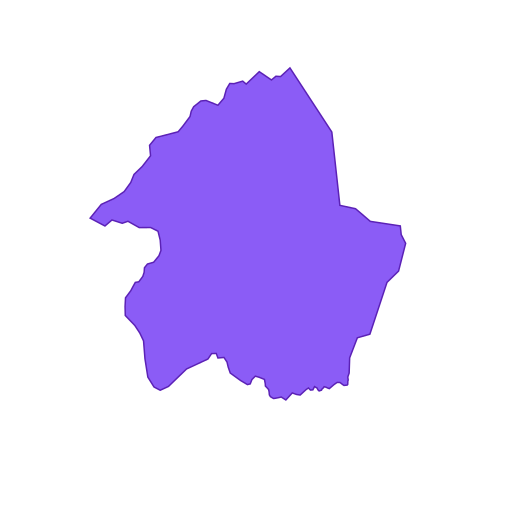 outline of Villa del Carmen, Durazno, Uruguay, rotated 220°
{"feature_id": "84410073B65013252614734", "entity_name": "Villa del Carmen", "entity_type": "district", "adm_level": 2, "iso_a3": "URY", "parent_name": "Uruguay", "parent_adm1": "Durazno", "projection": "equal_earth", "projection_center": [-55.935, -33.157], "detail": "fine", "context": "isolated", "style": "filled", "palette": "violet", "viewbox_px": 512, "rotation_deg": 220, "n_neighbors": 0, "source": "geoboundaries", "source_scale": "gbopen_adm2", "svg_char_len": 1715}
<svg xmlns="http://www.w3.org/2000/svg" viewBox="0 0 512 512"><g transform="rotate(220 256 256)"><path d="M164.8,371.8L190.7,356.0L210.1,356.2L224.3,348.7L277.6,399.7L350.9,421.9L352.5,409.3L356.3,406.5L357.3,400.8L372.0,399.3L374.0,381.4L378.6,381.4L383.6,373.9L387.0,371.3L385.9,364.7L382.0,356.2L382.1,347.0L394.3,343.0L397.9,339.3L399.7,330.3L398.7,325.3L396.2,320.5L395.5,308.2L395.5,301.1L408.8,282.5L408.7,272.4L401.2,265.0L400.7,251.4L401.9,240.1L399.2,231.8L398.4,220.6L401.7,208.8L407.7,196.1L407.4,178.4L391.0,181.9L389.5,191.0L379.5,195.1L376.4,200.3L363.7,202.7L355.0,210.1L347.0,212.0L339.6,206.6L332.4,199.2L330.5,193.8L330.4,185.4L334.0,180.1L333.9,175.3L331.2,171.6L329.6,167.6L329.2,160.9L331.5,158.2L330.5,153.1L329.6,149.0L329.1,140.1L323.8,133.1L317.9,126.4L304.2,124.9L295.5,122.3L287.6,118.7L275.0,105.9L261.0,93.7L249.9,90.1L243.1,91.6L239.2,99.8L236.6,124.8L226.6,146.2L227.3,152.7L223.8,155.8L219.6,153.4L215.3,157.7L210.0,156.1L206.0,153.1L200.5,149.8L187.8,150.7L179.9,152.0L178.2,154.3L179.7,158.7L179.3,163.5L175.7,165.1L170.2,166.9L166.8,164.1L165.2,162.4L162.4,162.1L160.5,161.8L158.7,160.4L156.5,158.2L154.5,157.5L151.0,158.1L150.2,158.9L147.5,162.2L146.0,164.2L140.6,164.9L140.2,174.4L135.9,176.0L132.8,177.9L131.8,185.7L131.0,188.6L128.1,188.3L126.4,190.0L127.2,193.6L124.4,194.1L122.5,193.3L120.9,193.2L119.6,195.3L119.9,196.4L119.6,198.7L119.8,199.7L118.0,200.5L116.4,200.9L114.6,201.5L113.6,207.6L112.6,211.3L110.3,213.1L107.2,213.2L105.4,213.4L103.2,215.7L103.2,216.6L105.3,219.3L105.6,220.2L107.9,222.3L109.4,226.2L118.8,238.2L125.8,258.5L118.5,269.3L138.7,320.0L137.1,336.1L149.5,361.9L158.5,365.7L164.8,371.8Z" fill="#8b5cf6" stroke="#5b21b6" stroke-width="1.5"/></g></svg>